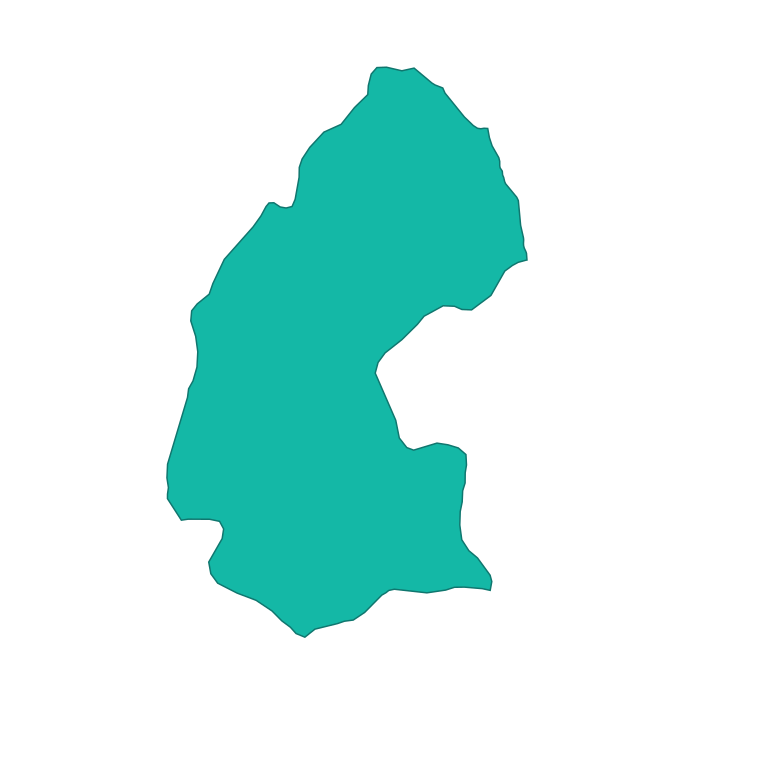 an SVG outline of Marrakech - Tensift - Al Haouz, rotated 132°
{"feature_id": "MAR-1456", "entity_name": "Marrakech - Tensift - Al Haouz", "entity_type": "Region", "adm_level": 1, "iso_a3": "MAR", "parent_name": "Morocco", "parent_adm1": "", "projection": "mercator", "projection_center": [-8.579, 31.832], "detail": "fine", "context": "isolated", "style": "filled", "palette": "teal", "viewbox_px": 768, "rotation_deg": 132, "n_neighbors": 0, "source": "natural_earth", "source_scale": "10m", "svg_char_len": 1851}
<svg xmlns="http://www.w3.org/2000/svg" viewBox="0 0 768 768"><g transform="rotate(132 384 384)"><path d="M129.1,573.0L128.3,549.9L127.6,546.1L124.7,538.4L127.0,533.3L131.8,502.9L132.2,490.6L131.4,485.6L129.5,482.8L127.0,480.8L124.7,477.9L130.4,470.5L134.7,463.0L139.0,450.1L141.1,447.0L144.5,443.9L145.7,442.3L146.7,438.5L149.3,435.7L150.4,433.3L152.9,429.7L153.8,427.7L156.4,410.3L157.8,406.9L174.7,388.6L182.1,378.1L183.5,376.6L186.1,374.5L187.7,372.9L189.1,370.8L190.7,367.1L191.6,365.5L196.2,360.7L196.8,361.2L203.8,365.7L210.0,367.9L219.2,369.8L246.6,363.8L270.3,368.5L276.5,376.0L279.1,383.7L286.3,392.4L306.8,399.6L317.3,399.1L339.2,400.4L360.2,404.0L372.0,402.8L381.8,397.8L403.1,351.0L413.9,336.5L416.0,324.5L413.3,317.7L392.5,305.1L386.4,295.8L381.8,286.0L381.6,275.9L389.0,268.5L395.7,264.2L403.3,257.5L410.7,254.1L419.3,247.0L427.8,242.0L438.1,233.3L447.7,222.0L451.1,209.4L450.7,198.1L455.1,177.2L458.7,171.7L466.3,167.0L470.3,174.0L481.2,188.4L487.9,195.6L495.9,200.3L510.5,212.4L529.6,239.0L534.2,242.3L537.8,242.9L542.4,244.4L566.5,245.5L580.0,248.9L586.8,254.7L593.1,258.2L612.4,271.3L625.1,273.4L628.3,282.4L627.4,290.8L628.4,301.4L627.6,315.4L630.4,334.5L637.7,353.3L643.3,374.3L640.9,385.7L633.6,395.1L607.2,400.8L599.0,406.2L596.1,414.3L601.2,423.1L615.5,439.1L620.8,443.5L614.1,468.2L610.7,471.2L605.2,474.9L599.0,482.5L588.4,491.2L525.5,521.0L518.3,526.0L509.5,528.0L496.6,534.3L484.7,543.9L474.6,555.8L466.4,569.8L458.3,575.9L449.5,576.4L434.2,574.0L423.8,578.4L398.2,586.1L354.8,586.4L341.4,587.9L331.0,590.4L326.4,590.6L323.0,587.1L321.9,579.6L318.7,574.5L313.6,571.1L306.2,573.6L287.2,585.4L279.7,591.9L271.6,595.4L257.8,597.5L237.0,597.2L219.7,589.6L198.2,590.9L179.8,589.7L172.6,595.4L162.2,600.9L153.6,601.0L146.9,594.1L139.3,580.3L129.1,573.0L129.1,573.0Z" fill="#14b8a6" stroke="#0f766e" stroke-width="1.5"/></g></svg>